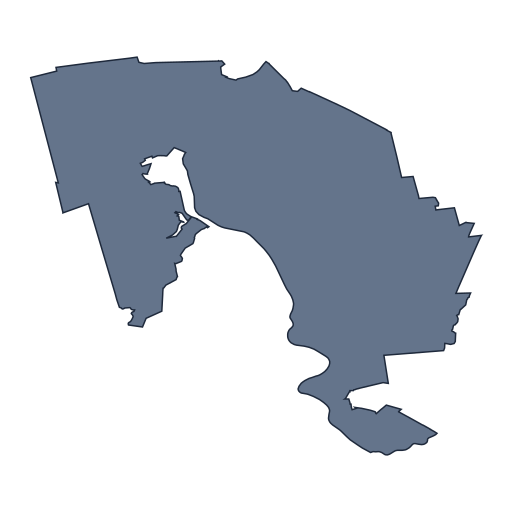 the district of Valgundes pag., Jelgava, Latvia
{"feature_id": "27541924B46237996124836", "entity_name": "Valgundes pag.", "entity_type": "district", "adm_level": 2, "iso_a3": "LVA", "parent_name": "Latvia", "parent_adm1": "Jelgava", "projection": "natural_earth1", "projection_center": [23.642, 56.791], "detail": "fine", "context": "isolated", "style": "filled", "palette": "slate", "viewbox_px": 512, "rotation_deg": 0, "n_neighbors": 0, "source": "geoboundaries", "source_scale": "gbopen_adm2", "svg_char_len": 6041}
<svg xmlns="http://www.w3.org/2000/svg" viewBox="0 0 512 512"><path d="M87.8,63.2L56.0,67.4L56.7,71.1L30.7,77.6L58.3,182.9L55.7,182.4L62.9,212.3L62.9,212.9L88.5,203.7L99.6,241.3L115.2,293.7L116.8,299.7L119.4,307.3L121.3,308.0L122.0,308.8L122.8,309.0L123.6,308.7L124.9,308.0L129.9,307.6L130.5,308.1L130.9,308.9L131.7,309.5L133.0,309.9L134.6,309.9L134.3,310.8L133.8,311.5L132.5,312.0L131.8,312.5L131.4,313.2L131.3,313.6L132.5,315.0L132.9,315.8L133.1,316.3L133.0,317.0L132.0,319.2L131.1,320.8L130.0,321.9L128.9,322.5L128.4,323.0L128.2,323.8L128.5,325.0L142.5,327.0L146.1,318.3L161.8,311.2L162.7,294.6L162.8,291.7L163.1,288.2L163.5,288.1L163.8,287.9L165.9,285.1L176.1,279.6L176.9,277.2L177.5,276.7L176.1,271.1L176.0,268.9L174.7,263.4L175.3,263.6L176.0,263.6L181.2,261.5L181.9,260.9L182.4,258.5L181.9,257.5L180.4,255.5L180.6,254.9L181.0,254.1L185.2,248.1L192.9,243.6L193.4,242.5L194.6,238.4L194.5,237.8L194.3,237.5L194.8,236.4L195.2,234.9L195.5,234.4L196.4,233.5L201.3,229.6L203.3,228.8L204.0,228.7L206.5,226.9L207.5,227.7L208.9,226.7L200.4,220.8L199.3,220.2L197.1,219.4L197.4,218.9L191.3,216.7L189.8,215.9L187.2,214.2L186.3,213.4L184.8,211.3L184.3,210.2L180.1,191.3L178.8,191.4L178.9,190.7L178.5,188.9L178.3,188.4L177.8,187.6L176.6,186.8L175.4,186.2L173.3,185.9L172.4,186.0L170.4,185.6L168.8,184.6L166.0,184.3L164.2,182.9L164.6,182.5L164.2,182.1L163.7,182.4L154.4,183.2L154.3,183.4L150.8,184.6L149.2,182.7L148.6,182.2L149.9,181.8L149.5,181.4L145.4,179.1L144.6,178.3L142.4,175.1L142.3,174.8L142.1,174.6L143.0,173.5L143.8,173.8L146.0,174.1L147.3,174.1L147.2,173.9L149.5,168.4L151.0,163.7L147.5,164.7L142.2,166.4L141.8,165.9L140.3,163.3L142.6,162.4L145.3,160.3L144.6,158.8L151.9,156.2L152.5,157.9L157.6,155.7L160.1,155.6L164.5,155.7L165.2,155.9L166.8,155.9L174.2,147.6L182.4,151.0L185.7,152.5L184.3,154.5L184.0,155.5L182.6,158.7L183.3,163.9L186.4,169.1L187.4,170.9L187.9,174.6L190.5,183.7L193.6,193.7L194.2,196.4L194.6,207.7L195.9,211.3L198.9,214.6L204.1,217.4L207.7,218.7L218.0,225.3L221.5,226.9L224.7,227.9L244.0,231.8L244.8,232.1L247.1,233.2L249.9,234.9L253.4,238.0L256.9,241.6L263.8,248.5L266.3,251.5L269.3,255.4L271.9,259.4L275.7,266.1L284.5,284.7L286.7,289.0L290.3,294.4L291.4,296.3L292.8,299.8L293.4,302.5L293.6,303.7L293.5,305.1L293.0,308.2L292.3,310.6L290.6,314.0L290.1,315.6L289.9,316.9L290.1,317.9L292.5,321.7L293.2,323.7L293.2,324.7L293.1,325.7L291.6,327.7L290.3,328.7L289.1,330.1L288.5,331.3L288.0,332.5L287.7,334.1L287.7,336.4L287.9,337.8L288.3,339.0L288.7,339.9L289.2,340.7L289.9,341.6L291.1,342.8L294.2,344.5L296.4,345.1L304.0,346.1L305.8,346.5L309.2,347.3L314.1,349.2L317.9,351.4L325.7,356.2L327.8,357.8L329.0,359.6L329.7,361.4L329.7,363.4L329.2,365.3L328.9,366.1L327.2,368.9L324.7,371.6L322.1,373.5L319.7,374.9L318.0,375.6L316.0,376.1L312.1,377.5L309.1,378.4L305.2,380.4L303.2,381.7L301.2,383.3L299.0,386.3L298.1,388.9L298.3,390.0L298.9,391.2L299.8,392.1L301.2,393.0L306.3,393.9L308.0,394.3L313.4,396.4L319.5,399.5L323.7,402.5L326.6,405.0L328.2,406.9L328.8,407.9L329.4,409.5L329.6,410.4L329.5,411.8L329.0,414.2L328.5,418.2L328.7,419.7L329.2,420.9L329.9,422.2L330.8,423.3L332.7,425.0L339.6,429.8L341.1,431.1L346.7,436.6L350.3,439.9L358.2,445.3L362.3,448.0L370.6,452.5L373.0,451.6L375.7,451.8L378.2,451.6L379.3,451.7L380.1,451.9L381.9,452.6L384.0,454.0L384.8,454.5L385.7,454.8L387.3,454.9L388.7,454.5L389.9,454.0L394.6,451.1L395.8,450.6L397.5,450.3L402.3,450.3L405.1,449.9L406.5,449.4L409.0,447.9L410.3,446.8L412.4,444.5L413.4,443.8L414.0,443.6L415.4,443.6L418.5,444.2L421.6,444.6L423.7,444.3L424.9,443.8L426.5,442.7L427.0,442.1L427.5,440.6L427.5,439.6L427.7,438.9L428.7,437.9L432.9,436.1L433.9,435.6L435.7,434.6L437.0,433.3L434.0,431.4L430.2,429.3L430.3,429.2L428.7,428.3L428.6,428.2L426.6,427.1L426.3,427.1L426.1,426.8L423.0,425.1L422.7,425.1L412.3,419.3L398.6,411.8L398.6,411.6L401.2,409.3L386.3,405.1L381.8,408.9L381.7,408.9L381.1,409.4L376.2,413.7L375.8,413.3L375.4,412.0L375.0,411.7L370.2,410.2L361.5,408.3L360.5,408.2L355.0,407.4L356.2,408.4L352.1,409.7L351.3,407.0L351.0,404.1L350.1,404.1L349.9,402.6L348.8,399.0L344.8,399.0L345.4,398.6L349.4,391.8L350.0,391.8L349.9,390.6L353.4,390.6L353.8,389.8L355.1,389.6L356.2,389.1L358.0,388.7L357.9,388.6L383.1,382.6L388.3,383.4L383.9,355.3L443.6,350.6L444.6,348.0L444.8,343.4L447.1,343.7L450.6,344.4L454.1,343.5L455.3,341.5L455.3,341.1L455.6,334.4L455.7,333.2L455.2,333.1L453.5,331.7L452.0,331.2L451.8,330.3L452.3,329.4L452.6,329.3L453.4,325.7L454.3,324.9L455.3,324.7L455.7,323.9L456.3,323.6L457.7,321.7L458.1,318.8L457.3,316.5L456.7,315.4L458.0,314.6L458.7,314.7L460.2,309.8L460.6,309.3L460.9,309.3L465.7,304.9L466.8,299.6L467.5,299.0L467.9,297.8L469.2,297.1L469.4,295.7L470.6,293.0L455.9,293.4L459.1,285.8L459.4,285.2L473.7,252.3L478.7,241.1L481.3,235.6L481.2,235.5L481.3,235.4L468.6,236.9L468.7,236.0L469.6,233.6L474.2,223.4L466.3,222.6L466.0,222.3L459.3,225.5L454.4,207.8L437.7,209.7L435.9,210.0L435.2,206.2L438.3,205.8L438.6,203.1L436.9,200.5L437.0,200.5L435.4,197.7L433.1,197.3L432.5,197.3L419.0,198.5L418.6,196.6L418.6,196.2L413.1,176.5L401.6,177.5L396.9,157.1L391.0,133.0L391.0,132.8L391.1,132.5L386.8,130.3L386.2,129.8L386.4,129.7L349.5,110.3L338.0,104.8L309.5,91.7L309.4,91.9L301.2,88.2L297.7,91.3L297.4,91.4L292.3,90.7L290.2,86.8L287.3,82.1L287.1,82.1L285.6,80.0L283.8,78.5L269.2,64.0L269.1,63.5L268.5,63.3L266.0,61.6L263.6,64.2L259.3,69.7L256.9,71.9L253.0,74.5L245.8,77.1L237.7,78.9L236.0,80.1L229.2,78.6L226.3,77.4L226.9,77.2L227.1,76.9L221.6,74.6L220.7,67.9L220.8,67.8L220.7,67.0L224.7,64.1L221.8,60.9L218.9,61.1L218.5,60.7L218.0,61.1L155.6,62.6L144.1,63.5L138.9,62.3L137.1,57.1L129.4,58.2L87.8,63.2ZM183.7,222.2L183.6,221.9L179.3,220.2L178.8,216.4L177.2,215.9L178.6,214.5L174.9,212.7L175.9,211.6L177.8,212.5L179.6,212.5L179.7,212.4L182.1,213.3L186.1,219.1L186.9,220.0L188.4,220.4L190.6,217.5L190.9,216.9L191.4,217.2L186.3,223.6L185.5,224.0L181.7,226.4L181.1,227.7L180.9,227.6L181.7,228.5L182.1,229.1L176.3,236.4L175.9,236.3L166.2,238.2L172.5,235.0L176.4,231.5L177.3,229.3L178.3,225.2L180.9,221.7L183.7,222.2Z" fill="#64748b" stroke="#1e293b" stroke-width="1.5"/></svg>